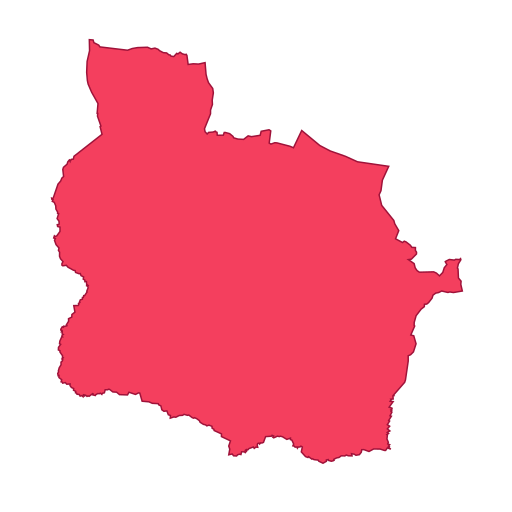 Phon, Khon Kaen, Thailand (Robinson projection), rotated 95°
{"feature_id": "78962969B25961051879193", "entity_name": "Phon", "entity_type": "district", "adm_level": 2, "iso_a3": "THA", "parent_name": "Thailand", "parent_adm1": "Khon Kaen", "projection": "robinson", "projection_center": [102.624, 15.82], "detail": "fine", "context": "isolated", "style": "filled", "palette": "rose", "viewbox_px": 512, "rotation_deg": 95, "n_neighbors": 0, "source": "geoboundaries", "source_scale": "gbopen_adm2", "svg_char_len": 6074}
<svg xmlns="http://www.w3.org/2000/svg" viewBox="0 0 512 512"><g transform="rotate(95 256 256)"><path d="M282.1,448.5L282.6,447.6L281.8,444.1L283.5,442.4L286.1,436.6L286.3,434.9L288.1,434.3L289.1,430.7L288.8,429.5L290.8,428.6L291.9,425.9L294.1,426.1L294.9,424.4L296.5,424.2L296.3,422.7L299.8,422.1L299.5,421.3L300.0,420.7L300.6,421.7L301.0,420.8L302.4,420.5L305.8,421.5L306.6,421.2L310.4,423.3L310.5,424.2L312.3,424.4L312.5,425.3L314.2,425.2L315.0,427.2L317.0,427.8L317.6,427.4L318.7,428.7L319.8,428.3L320.8,428.8L321.3,433.2L327.7,431.5L330.3,434.3L332.9,434.2L334.8,437.3L337.3,437.0L341.1,438.9L341.9,438.3L342.9,440.6L342.6,441.3L343.8,441.8L343.4,442.8L346.0,444.1L347.0,443.8L347.1,442.9L348.4,443.2L348.1,442.4L350.4,442.3L351.0,441.2L351.7,442.1L352.7,442.4L353.4,441.7L353.6,442.5L357.9,444.0L360.5,444.1L361.0,442.9L364.2,444.8L366.8,444.7L367.4,443.1L368.8,442.9L372.3,440.0L373.7,440.0L374.1,439.3L374.6,439.9L375.4,439.6L375.6,440.3L376.6,439.6L377.8,440.0L378.7,441.0L381.3,440.7L384.5,442.3L387.8,442.9L388.7,442.5L390.2,443.3L392.5,442.7L392.2,441.9L394.3,441.7L396.2,438.8L398.3,439.2L398.4,438.3L399.5,437.5L398.7,434.9L400.2,433.4L399.7,430.0L401.3,430.0L403.1,428.4L403.9,426.1L405.6,426.1L406.6,423.8L408.0,423.9L408.4,422.7L409.3,422.3L409.4,419.9L410.9,419.0L410.3,417.4L411.3,416.0L409.2,415.8L409.3,415.0L410.3,414.6L409.5,413.6L410.6,412.1L410.0,411.2L410.3,410.0L407.3,406.7L407.7,406.1L408.6,406.4L409.0,403.9L408.2,403.6L406.8,401.6L406.9,400.2L406.2,399.2L407.3,397.5L406.2,397.1L405.5,395.1L402.4,394.6L402.2,392.0L401.6,391.5L401.6,390.3L403.9,386.8L403.8,383.0L406.0,379.9L405.6,371.9L402.8,370.7L404.4,364.0L402.6,361.1L402.7,359.8L410.6,356.8L410.6,349.9L411.8,346.5L411.6,340.5L412.7,340.0L413.6,337.7L417.4,336.4L418.7,334.2L418.1,331.3L421.8,329.5L422.3,327.3L425.0,327.3L423.5,323.8L423.6,321.8L421.6,318.6L421.1,315.2L420.0,313.9L420.7,310.4L420.3,309.1L422.6,305.4L423.0,303.8L422.4,303.1L423.2,300.9L424.9,298.1L426.5,297.2L428.3,293.7L428.6,291.5L429.5,290.2L428.6,288.1L429.5,285.0L431.4,284.7L432.3,282.8L433.5,282.5L436.2,274.9L438.9,274.7L442.4,265.3L447.7,266.6L450.7,265.3L456.4,265.8L455.3,262.5L457.0,260.9L456.9,257.9L455.6,257.0L454.9,255.2L455.1,253.7L452.3,253.3L452.1,250.4L452.8,249.6L451.0,248.3L450.4,249.6L449.6,248.8L449.6,247.0L448.5,246.3L446.5,242.0L447.8,241.0L446.4,239.5L446.4,237.6L444.2,238.3L442.7,238.0L442.1,236.7L443.0,236.0L441.7,235.0L441.8,233.8L441.0,232.3L435.1,230.7L434.2,225.0L433.2,224.4L433.7,222.8L435.0,223.5L435.6,222.5L433.6,218.9L433.9,217.0L433.4,216.1L433.7,214.0L436.0,209.3L434.4,205.8L435.9,205.7L436.3,204.2L440.0,202.1L441.9,202.7L442.0,201.5L443.0,200.4L442.7,198.5L443.8,198.0L442.6,197.3L442.4,195.5L441.5,194.7L442.2,193.2L447.2,193.8L451.5,189.2L452.2,186.7L451.3,186.2L453.5,182.6L453.1,181.9L453.8,180.5L453.9,176.4L455.0,175.5L456.6,171.2L454.4,168.0L453.0,168.1L452.5,166.3L453.3,166.1L453.9,163.1L453.3,161.3L452.7,160.4L451.8,160.8L450.1,158.1L449.5,155.8L447.6,153.6L447.4,150.0L446.4,148.7L447.0,146.6L446.7,142.9L444.6,143.6L444.9,140.8L445.8,139.1L444.9,135.7L442.3,134.0L439.7,133.8L439.5,131.6L440.9,126.4L438.0,122.0L437.5,115.6L438.5,111.1L438.4,109.9L435.7,108.4L436.7,104.9L435.1,107.1L434.3,106.6L433.9,107.5L432.3,106.4L431.7,108.4L430.1,107.9L426.9,109.6L422.9,109.5L422.5,110.1L421.3,108.5L420.3,109.9L418.6,107.4L416.8,110.1L413.9,108.0L412.6,110.5L408.8,108.5L408.3,109.5L403.8,107.2L403.5,108.6L399.7,107.0L399.0,107.9L398.3,107.3L397.6,108.3L396.5,107.1L395.7,107.3L395.0,110.2L389.1,106.7L389.0,109.7L387.4,108.8L386.9,109.2L386.5,106.9L383.5,107.4L383.1,106.4L382.6,106.9L368.9,96.9L366.4,96.3L347.3,95.2L342.1,95.7L340.9,93.4L337.8,90.8L329.5,88.9L321.7,91.9L321.2,94.9L311.9,91.8L311.4,92.4L308.4,92.6L301.5,91.3L294.6,86.9L291.8,83.9L289.4,84.0L289.0,81.7L287.4,80.0L282.6,76.9L279.6,76.3L277.3,73.7L276.5,70.9L274.7,68.0L275.6,61.6L274.9,59.8L275.2,56.2L272.9,47.4L266.4,49.5L263.2,49.5L260.3,52.4L251.3,53.6L250.5,54.3L246.1,53.7L241.9,51.6L240.8,52.0L241.8,53.0L241.9,56.8L242.8,58.0L242.6,63.1L244.7,66.5L245.2,67.0L247.9,65.1L251.2,67.4L256.1,68.5L259.8,71.5L257.3,74.8L256.3,77.6L257.9,91.8L256.5,94.3L253.9,96.4L249.8,97.8L246.3,103.9L245.6,100.9L240.0,96.3L238.2,96.4L236.5,97.7L233.7,97.9L233.8,101.5L231.8,103.2L228.9,107.7L228.3,109.6L229.8,111.2L226.7,118.5L218.3,116.0L211.8,120.6L208.6,121.8L194.6,135.2L184.3,138.7L180.1,137.2L169.4,136.7L155.1,131.6L153.3,163.1L148.9,175.6L144.9,191.2L140.4,202.0L127.0,221.4L144.9,228.1L143.7,231.8L141.5,244.9L141.5,247.1L143.2,250.9L142.4,252.7L130.1,252.2L129.1,254.0L131.3,261.7L135.4,262.4L137.5,270.9L137.0,274.3L140.9,278.5L141.1,284.2L140.2,288.6L138.9,289.3L136.4,292.9L135.6,297.5L135.7,298.4L138.5,299.1L139.1,305.1L136.2,305.6L135.6,307.4L134.6,307.3L135.5,307.8L136.3,309.8L137.0,314.0L138.7,315.3L136.6,317.6L133.7,318.4L118.3,313.7L114.5,314.0L108.8,312.6L104.6,313.2L97.2,312.7L92.9,313.7L87.5,318.4L83.8,320.1L79.4,321.6L67.8,323.6L69.8,329.9L70.0,335.3L71.1,340.3L62.2,342.3L61.1,343.2L61.6,344.0L61.0,347.1L59.6,349.4L61.5,351.4L61.0,352.6L64.5,355.3L64.3,358.1L63.2,359.1L63.2,360.3L61.5,362.7L61.5,366.1L59.9,369.9L58.6,371.6L57.7,374.8L58.8,378.5L57.5,382.3L58.7,392.1L60.1,397.4L62.2,401.9L61.3,429.7L59.6,431.1L57.6,436.1L55.0,437.1L55.0,439.3L55.0,440.9L66.0,439.7L76.9,441.2L87.8,440.7L95.8,439.3L99.4,438.2L107.2,434.0L117.9,426.7L127.7,426.7L127.7,426.1L130.5,426.1L140.1,421.8L140.7,422.6L148.2,420.0L172.5,446.0L175.4,446.4L175.8,448.4L176.9,448.9L176.7,449.4L177.9,449.5L176.7,450.4L178.6,451.7L181.0,452.2L184.4,455.5L186.6,456.0L193.6,454.6L195.3,456.2L198.3,457.1L201.6,459.5L215.7,463.0L216.5,463.5L216.2,464.6L217.3,464.3L217.6,463.1L219.3,463.7L220.1,461.7L223.4,459.9L226.7,459.4L229.6,457.4L230.8,457.4L231.1,456.3L236.1,457.4L238.5,455.3L241.1,454.9L241.7,455.2L242.1,456.7L243.9,456.2L244.3,453.8L248.6,453.4L253.3,456.2L254.1,457.8L253.5,458.6L255.7,459.1L256.2,457.4L257.9,458.1L262.1,456.2L265.2,453.0L267.6,453.3L269.3,452.0L273.4,451.7L275.8,450.5L278.4,447.8L280.6,448.7L282.1,448.5Z" fill="#f43f5e" stroke="#9f1239" stroke-width="1.5"/></g></svg>